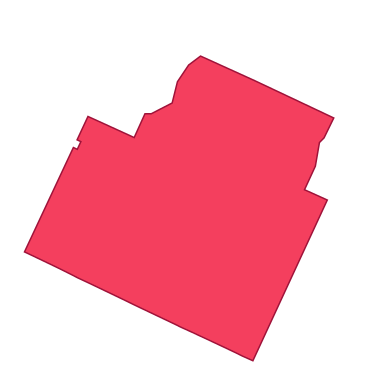 outline of Claiborne, Louisiana, United States of America, rotated 205°
{"feature_id": "52423323B9246238437830", "entity_name": "Claiborne", "entity_type": "district", "adm_level": 2, "iso_a3": "USA", "parent_name": "United States of America", "parent_adm1": "Louisiana", "projection": "robinson", "projection_center": [-92.955, 32.801], "detail": "fine", "context": "isolated", "style": "filled", "palette": "rose", "viewbox_px": 384, "rotation_deg": 205, "n_neighbors": 0, "source": "geoboundaries", "source_scale": "gbopen_adm2", "svg_char_len": 656}
<svg xmlns="http://www.w3.org/2000/svg" viewBox="0 0 384 384"><g transform="rotate(205 192 192)"><path d="M188.5,65.2L148.2,64.9L147.0,64.8L142.9,64.8L133.3,64.9L133.0,64.9L124.0,64.9L107.0,64.9L85.8,64.8L76.8,64.6L65.5,64.8L66.0,241.9L91.0,241.6L91.1,267.5L97.4,290.7L95.2,296.8L94.8,319.0L181.6,319.4L213.2,319.1L241.7,318.8L248.7,305.7L251.8,285.8L247.6,264.3L255.9,253.6L262.0,245.7L267.7,243.0L267.4,216.9L318.2,216.5L318.2,190.7L314.0,190.7L314.0,182.2L318.3,182.2L318.5,66.9L318.4,66.9L314.3,66.9L283.1,66.6L266.3,66.2L259.7,65.9L254.8,65.9L248.2,65.9L209.3,65.5L197.2,65.3L188.5,65.2Z" fill="#f43f5e" stroke="#9f1239" stroke-width="1.5"/></g></svg>